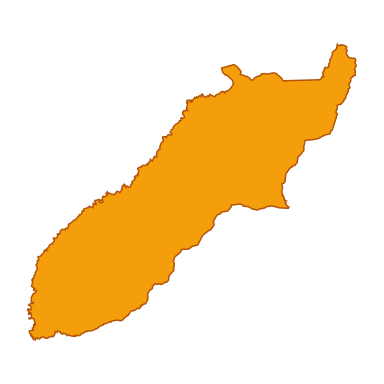 outline of Campo Grande, Mato Grosso do Sul, Brazil, rotated 89°
{"feature_id": "56859067B56402233795281", "entity_name": "Campo Grande", "entity_type": "district", "adm_level": 2, "iso_a3": "BRA", "parent_name": "Brazil", "parent_adm1": "Mato Grosso do Sul", "projection": "albers", "projection_center": [-54.243, -20.876], "detail": "fine", "context": "isolated", "style": "filled", "palette": "amber", "viewbox_px": 384, "rotation_deg": 89, "n_neighbors": 0, "source": "geoboundaries", "source_scale": "gbopen_adm2", "svg_char_len": 5985}
<svg xmlns="http://www.w3.org/2000/svg" viewBox="0 0 384 384"><g transform="rotate(89 192 192)"><path d="M300.0,353.5L300.5,355.2L301.7,356.1L301.6,356.9L302.3,357.3L303.3,355.2L306.6,354.7L307.1,356.2L305.9,357.3L306.4,358.4L307.3,358.5L307.6,357.7L309.4,357.1L311.3,357.6L311.3,356.4L309.8,355.8L310.3,355.1L315.3,354.5L316.2,352.3L320.6,351.2L322.1,351.0L322.4,351.6L321.6,352.1L322.3,352.8L324.5,352.5L325.3,354.1L327.6,353.0L327.7,356.1L328.0,356.9L328.9,357.2L331.1,356.3L331.2,355.4L332.8,355.7L333.4,355.2L333.1,354.6L334.0,354.5L334.1,353.3L335.3,353.9L336.8,352.8L337.1,351.3L335.6,351.1L335.0,350.2L336.0,349.3L335.5,348.1L336.2,346.8L334.8,345.4L334.2,343.4L335.2,342.1L335.8,339.4L334.3,336.8L334.1,334.9L333.5,334.4L334.2,333.9L334.0,333.0L331.8,331.6L329.3,331.3L329.0,330.5L329.0,329.7L329.9,329.3L328.9,328.8L329.6,326.2L331.1,325.7L331.8,323.8L331.0,323.4L331.5,320.9L333.5,319.4L332.5,317.8L333.5,316.7L334.4,311.5L334.0,310.9L333.4,311.4L333.0,310.6L333.6,309.7L333.6,306.5L332.1,305.7L331.0,302.5L329.5,301.2L329.8,299.4L329.0,298.6L329.2,296.0L328.1,292.1L327.1,290.6L327.0,289.4L324.3,286.2L323.4,283.0L322.1,282.2L322.2,280.5L320.3,276.4L320.8,275.5L319.6,274.6L318.8,268.9L319.5,265.9L318.8,263.5L316.6,261.9L313.9,257.7L310.0,255.2L309.6,251.9L307.4,248.5L307.6,246.6L305.5,244.8L304.6,245.1L304.2,243.3L303.1,242.1L303.1,240.4L298.3,238.0L292.8,238.1L289.0,235.7L289.0,234.7L287.8,233.3L286.0,233.2L283.6,231.2L283.2,230.5L283.8,228.6L283.0,226.5L283.9,225.1L283.5,223.2L281.8,220.5L281.6,218.8L280.5,217.6L279.3,216.8L277.7,217.0L274.8,216.0L269.9,211.4L269.1,211.8L263.4,210.9L260.7,211.7L256.8,210.6L252.0,204.6L249.2,203.2L249.0,196.2L246.3,192.7L245.1,187.2L235.5,182.1L231.1,176.3L230.1,174.0L226.5,171.3L225.1,170.5L221.8,171.2L215.5,167.4L214.2,163.8L212.5,162.7L211.7,156.7L208.1,153.4L205.8,152.8L204.9,144.1L205.8,141.8L207.0,140.8L207.7,135.8L209.9,132.2L211.2,127.1L210.2,124.9L209.4,120.1L207.9,117.3L207.3,112.1L209.3,105.1L210.0,96.0L208.6,95.4L208.5,96.2L205.6,98.7L204.2,98.2L203.7,99.0L202.2,99.2L202.2,98.4L201.1,100.3L199.7,99.9L197.5,100.7L197.4,101.7L196.7,102.0L195.8,101.4L193.6,102.4L189.6,101.4L185.3,101.9L184.9,100.4L183.6,98.9L175.7,97.9L170.3,94.0L169.0,92.6L168.9,91.6L167.9,91.2L167.1,88.6L164.4,86.4L159.0,85.5L156.5,82.7L152.1,79.4L148.5,79.4L142.3,78.0L141.9,70.8L140.7,64.6L137.2,57.9L136.3,53.1L133.5,52.1L132.3,50.6L116.4,45.3L114.7,46.9L111.5,45.5L108.1,45.4L107.4,44.7L106.9,41.7L104.5,39.3L103.2,38.4L102.5,38.6L101.2,36.9L98.4,36.4L94.3,34.0L91.9,34.0L90.7,32.2L86.9,33.3L84.7,31.6L80.7,31.1L79.5,29.1L78.8,28.9L78.2,26.7L77.4,27.1L74.2,26.5L71.4,27.3L68.6,25.5L65.7,26.8L63.1,25.9L61.4,26.6L61.0,27.6L61.2,29.7L60.1,33.1L56.5,35.2L54.8,35.3L53.2,34.4L51.7,35.4L49.5,34.8L48.0,37.4L47.3,40.4L48.2,41.0L47.9,43.6L46.9,44.1L51.4,45.1L54.9,49.3L56.4,49.1L61.5,51.0L61.9,51.9L63.5,51.6L67.3,53.3L68.9,52.8L70.4,55.6L69.6,56.4L70.7,57.5L72.2,57.4L73.4,58.5L76.0,59.3L79.0,58.2L78.9,60.1L80.8,60.8L82.0,62.6L82.4,98.2L82.2,99.2L79.6,100.6L74.7,106.1L74.3,108.5L75.6,115.3L74.8,117.3L75.1,120.6L76.4,120.9L78.5,126.9L80.3,128.2L81.5,130.7L79.2,132.4L77.7,134.6L75.2,141.7L72.8,140.9L71.2,141.7L67.5,144.8L65.3,147.7L68.6,160.3L73.0,159.2L75.7,156.5L76.0,154.8L81.4,149.3L85.1,148.8L89.5,152.0L91.4,154.0L91.5,155.8L93.6,157.2L93.4,158.0L92.3,158.1L92.1,160.9L94.3,163.1L95.2,166.0L97.3,167.7L94.7,172.5L96.9,173.7L96.2,174.4L96.3,175.4L97.6,176.6L97.0,178.2L94.5,179.7L94.4,180.7L96.8,180.8L95.7,182.2L96.3,183.5L98.0,184.8L96.9,185.6L98.1,187.1L97.6,187.7L99.3,188.4L100.3,191.3L101.0,191.5L101.7,190.2L102.1,191.0L101.8,192.1L100.2,192.7L100.2,195.1L102.0,195.8L102.9,195.6L102.6,194.8L103.5,194.8L108.7,196.1L110.4,195.2L110.0,196.6L110.9,197.8L110.5,198.7L112.2,199.9L114.1,200.0L115.3,198.6L117.5,198.4L118.2,200.0L117.5,201.3L118.0,201.8L120.4,201.8L120.7,203.5L122.4,203.8L124.0,207.0L126.2,209.3L128.6,210.1L129.6,211.6L132.1,212.9L133.2,211.3L134.3,211.2L134.7,212.6L134.2,214.8L137.1,216.9L136.2,217.6L136.3,220.1L136.9,220.5L140.9,219.8L142.4,221.9L146.2,223.4L148.2,223.1L148.9,224.7L149.9,224.8L151.2,226.4L154.5,227.0L155.1,226.3L156.0,226.6L156.7,227.4L155.8,229.0L160.3,231.1L158.7,233.1L160.6,233.3L162.3,235.4L163.9,235.7L163.3,236.6L164.7,237.8L164.4,240.4L165.4,242.0L166.2,242.1L166.4,244.3L167.5,245.8L168.4,245.9L169.4,244.9L172.4,245.2L172.7,246.0L173.6,246.2L174.3,245.5L175.1,246.4L174.4,247.0L174.8,248.0L176.2,249.4L177.5,248.2L180.8,251.9L182.3,251.5L183.3,252.7L186.0,253.9L185.9,255.5L184.9,257.0L186.2,258.0L184.9,259.3L183.9,258.8L183.0,259.5L185.2,261.8L187.0,261.8L188.0,262.6L188.9,262.2L191.4,264.3L190.6,264.9L190.0,267.1L193.1,269.3L192.9,272.8L191.8,274.2L191.6,276.2L190.3,276.7L192.0,278.1L192.7,276.5L193.5,276.7L195.2,279.3L194.6,280.3L195.2,281.5L196.9,281.5L198.8,282.7L200.0,281.0L201.1,282.2L200.6,284.9L199.0,284.6L198.9,283.8L198.1,284.2L197.9,286.0L198.8,287.8L198.7,289.1L199.5,289.5L202.0,288.2L203.0,288.3L201.6,291.0L206.0,291.4L204.4,294.9L205.4,295.1L207.2,300.6L209.1,300.7L208.9,301.9L212.2,303.0L212.8,303.8L212.4,304.5L217.7,308.9L218.1,310.6L221.7,314.5L221.4,315.2L222.2,315.9L223.5,316.4L224.6,316.0L226.4,317.3L225.8,318.3L226.3,319.1L227.5,319.4L227.0,322.0L228.3,324.2L231.2,324.8L231.8,325.3L231.3,326.8L232.0,327.5L233.0,326.9L235.3,327.8L236.1,329.2L235.5,331.1L236.4,331.3L237.6,330.4L239.5,331.0L240.5,332.6L241.4,332.3L242.3,335.3L244.5,336.2L246.6,338.7L247.5,338.9L248.0,337.8L248.4,339.0L247.6,340.6L251.2,342.0L251.4,342.8L253.5,344.6L254.3,347.2L257.3,346.4L258.4,348.0L259.7,347.7L262.7,349.2L264.0,348.2L266.8,348.2L269.9,350.2L271.6,350.1L273.0,351.4L275.2,351.7L275.7,352.7L277.2,352.6L277.2,353.6L279.2,352.9L283.5,354.1L285.7,351.0L286.3,352.0L287.4,352.0L288.3,350.0L288.1,349.3L290.4,350.8L290.9,352.4L294.4,354.4L298.9,354.6L300.0,353.5ZM300.0,353.5L299.6,352.8L300.1,352.4L300.8,352.9L300.0,353.5ZM315.8,357.1L316.0,356.2L315.7,355.3L314.9,356.6L315.1,357.3L315.8,357.1Z" fill="#f59e0b" stroke="#b45309" stroke-width="1.5"/></g></svg>